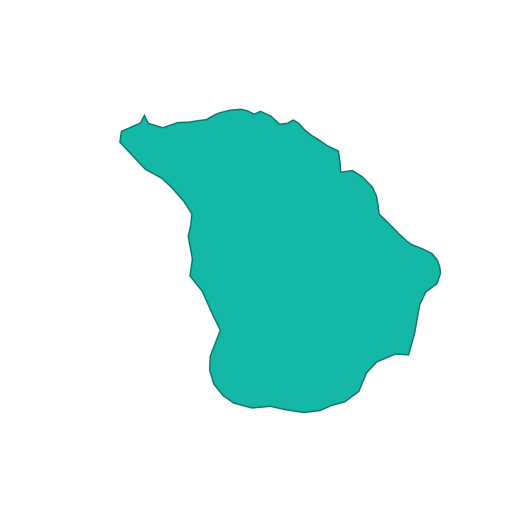 Afanteia-Orniti, Cyprus (Natural Earth projection), rotated 305°
{"feature_id": "46923920B30360023901504", "entity_name": "Afanteia-Orniti", "entity_type": "district", "adm_level": 2, "iso_a3": "CYP", "parent_name": "Cyprus", "parent_adm1": "", "projection": "natural_earth1", "projection_center": [33.575, 35.154], "detail": "fine", "context": "isolated", "style": "filled", "palette": "teal", "viewbox_px": 512, "rotation_deg": 305, "n_neighbors": 0, "source": "geoboundaries", "source_scale": "gbopen_adm2", "svg_char_len": 1113}
<svg xmlns="http://www.w3.org/2000/svg" viewBox="0 0 512 512"><g transform="rotate(305 256 256)"><path d="M122.8,322.2L129.2,339.8L141.2,354.1L146.6,367.3L155.2,384.9L166.1,397.0L176.9,403.6L187.7,412.4L204.0,417.9L223.5,413.5L238.7,415.7L256.0,426.7L262.5,437.7L284.2,430.0L310.2,417.9L324.2,415.7L337.2,420.1L347.7,417.0L352.5,412.7L356.7,406.7L358.9,398.6L357.3,388.3L354.6,376.9L354.6,371.5L356.2,359.6L358.8,346.1L361.0,332.5L367.4,327.1L374.3,320.1L379.1,311.9L381.8,297.9L381.2,285.9L373.2,277.3L380.7,271.3L389.2,263.2L387.1,250.8L387.1,238.8L386.6,232.9L387.1,224.2L389.2,214.5L388.7,208.5L382.8,205.8L377.5,199.9L379.1,188.0L377.0,176.6L371.1,173.3L370.0,165.8L367.4,159.3L360.4,151.1L353.0,144.6L348.2,141.4L339.1,137.1L334.8,132.2L327.4,124.6L320.4,115.4L307.6,106.2L302.8,91.6L307.1,84.0L298.6,85.1L287.9,78.6L281.0,74.3L271.2,79.2L263.6,115.5L265.7,134.2L263.6,148.5L259.2,166.1L253.8,179.3L244.1,184.8L233.3,189.2L217.0,205.7L201.8,213.4L196.4,232.1L184.5,251.8L174.8,269.4L147.7,276.0L135.8,283.7L127.1,294.7L122.8,309.0L122.8,322.2Z" fill="#14b8a6" stroke="#0f766e" stroke-width="1.5"/></g></svg>